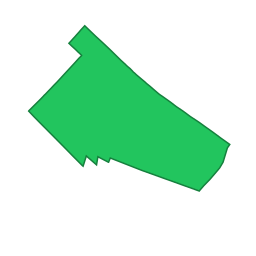 the district of Negoi, Dolj, Romania, rotated 306°
{"feature_id": "2599482B37503809350208", "entity_name": "Negoi", "entity_type": "district", "adm_level": 2, "iso_a3": "ROU", "parent_name": "Romania", "parent_adm1": "Dolj", "projection": "equal_earth", "projection_center": [23.369, 43.899], "detail": "fine", "context": "isolated", "style": "filled", "palette": "green", "viewbox_px": 256, "rotation_deg": 306, "n_neighbors": 0, "source": "geoboundaries", "source_scale": "gbopen_adm2", "svg_char_len": 1427}
<svg xmlns="http://www.w3.org/2000/svg" viewBox="0 0 256 256"><g transform="rotate(306 128 128)"><path d="M174.5,220.0L174.4,208.5L174.5,200.3L174.4,189.2L174.4,182.8L173.9,171.5L174.0,162.5L173.7,154.5L173.9,147.3L173.8,137.3L173.7,134.9L173.7,133.1L173.9,130.4L174.3,125.7L174.7,121.2L174.9,116.8L175.2,114.7L175.5,110.1L175.7,107.4L175.9,104.7L176.0,103.3L176.1,102.6L176.3,101.2L176.4,99.2L176.7,98.2L177.3,94.7L177.5,91.4L177.8,89.2L178.0,88.3L178.1,86.9L178.3,85.3L178.6,82.5L179.0,79.8L179.4,77.1L180.9,67.0L182.1,57.7L183.2,48.0L184.4,39.3L185.3,32.9L184.4,32.8L182.7,32.6L179.5,32.2L178.1,32.1L176.7,32.0L174.8,31.8L172.9,31.6L170.5,31.4L168.2,31.1L165.2,30.8L162.6,30.5L161.8,30.4L161.2,34.7L160.7,39.2L160.0,43.8L160.0,44.2L160.0,44.8L159.9,45.4L159.8,45.6L159.8,46.0L159.7,46.2L159.7,46.3L159.7,46.6L159.7,46.8L159.5,47.8L158.5,47.8L155.7,47.3L149.9,46.7L131.3,44.5L123.5,43.6L118.9,42.9L114.1,42.3L111.4,41.9L109.1,41.6L107.6,41.4L106.8,41.3L105.5,41.0L103.5,40.8L100.0,40.3L95.7,39.6L91.4,38.9L85.1,37.9L84.0,37.7L83.3,37.7L81.8,45.7L80.5,53.5L77.0,75.2L74.8,88.6L72.8,100.4L72.3,103.6L70.8,112.8L70.7,114.1L73.5,113.2L80.9,110.7L80.4,116.1L79.7,124.2L82.9,122.6L87.1,120.5L87.4,122.8L88.8,132.2L88.9,132.4L92.5,131.5L93.3,131.3L101.9,164.3L118.9,222.7L119.6,222.7L125.7,223.2L134.9,224.5L147.6,225.5L149.7,225.6L156.2,225.0L170.3,220.1L174.5,220.0Z" fill="#22c55e" stroke="#15803d" stroke-width="1.5"/></g></svg>